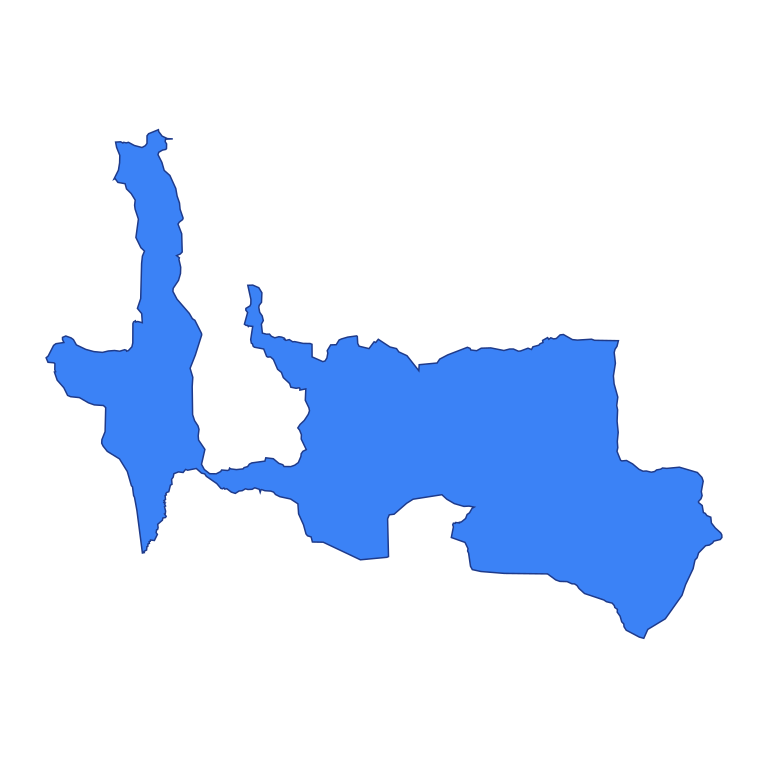 Uyui, Tabora, United Republic of Tanzania (Mercator projection)
{"feature_id": "72390352B28683809474818", "entity_name": "Uyui", "entity_type": "district", "adm_level": 2, "iso_a3": "TZA", "parent_name": "United Republic of Tanzania", "parent_adm1": "Tabora", "projection": "mercator", "projection_center": [33.083, -4.94], "detail": "fine", "context": "isolated", "style": "filled", "palette": "blue", "viewbox_px": 768, "rotation_deg": 0, "n_neighbors": 0, "source": "geoboundaries", "source_scale": "gbopen_adm2", "svg_char_len": 6106}
<svg xmlns="http://www.w3.org/2000/svg" viewBox="0 0 768 768"><path d="M113.9,179.2L115.1,178.6L117.9,182.4L125.1,183.7L126.5,188.9L131.2,193.6L135.2,200.1L134.6,205.2L135.1,209.1L138.4,219.1L135.9,237.5L140.9,247.7L144.5,251.1L142.4,256.1L141.6,263.5L140.7,298.6L137.4,308.4L141.7,313.6L142.3,322.7L137.8,321.5L135.7,322.0L135.4,320.8L133.6,321.9L132.9,323.6L132.8,342.8L131.9,346.8L128.4,350.6L126.6,351.2L126.3,350.3L124.7,349.7L119.7,351.2L114.5,350.5L108.2,351.0L102.5,352.4L93.9,351.6L85.8,349.4L76.4,344.9L73.4,339.6L71.1,337.9L65.8,336.0L62.5,337.4L62.5,339.5L63.9,342.5L55.9,343.7L53.6,345.4L48.2,356.0L46.1,357.8L48.0,362.3L53.9,362.8L54.9,363.7L54.8,369.8L55.6,371.7L54.4,372.0L57.2,380.2L63.8,387.7L67.6,395.4L70.6,396.7L79.4,397.6L88.4,402.8L94.3,404.9L103.4,405.5L105.7,407.6L105.1,431.6L101.9,439.6L101.7,443.2L103.1,446.1L107.3,451.4L119.5,458.9L127.3,471.5L131.4,485.7L132.5,486.8L133.6,495.6L134.5,497.3L136.9,510.4L142.4,553.0L144.3,552.6L143.9,551.5L146.6,550.0L146.9,546.7L147.8,546.4L148.0,543.9L149.4,543.4L149.1,541.7L150.3,541.2L150.5,540.0L154.4,540.5L157.4,534.4L156.1,532.6L156.6,529.8L157.6,529.5L158.1,527.7L157.7,524.3L162.4,520.2L162.9,518.0L165.5,517.5L166.2,516.3L164.5,514.0L165.3,513.7L165.6,511.1L164.5,506.7L165.6,506.0L164.5,503.9L165.3,502.9L163.9,502.4L164.7,501.3L164.0,500.5L165.5,499.5L165.1,495.6L166.3,494.9L165.8,493.7L166.7,492.5L168.8,491.7L170.4,485.2L172.0,484.3L171.6,479.3L173.2,477.1L173.9,473.7L178.5,471.9L183.1,472.5L185.6,469.4L187.6,470.2L196.3,468.5L201.5,473.1L204.7,473.9L206.3,476.3L216.8,483.6L220.9,488.4L222.5,488.8L223.9,488.0L224.7,489.1L226.8,488.7L231.3,492.1L235.3,493.4L239.1,491.0L242.2,490.7L245.5,488.8L247.9,489.5L252.1,489.3L254.8,487.8L259.3,489.3L260.2,492.3L261.0,489.7L261.7,489.6L264.8,490.7L270.8,491.1L273.6,492.1L275.5,494.5L279.9,496.7L290.6,499.0L297.9,503.8L298.6,513.9L303.5,524.8L306.0,533.9L307.5,535.8L311.1,536.9L312.4,542.0L323.2,542.2L360.4,559.8L386.9,557.3L388.5,556.6L387.6,518.8L389.3,514.8L394.1,514.2L406.6,503.3L413.1,499.2L441.9,494.7L446.8,499.2L454.3,503.6L463.9,506.4L469.1,506.1L474.2,507.1L472.0,508.4L469.5,512.8L467.1,514.5L465.6,518.5L461.4,521.9L459.3,522.3L459.4,522.9L455.5,522.5L455.2,523.4L453.4,523.2L452.7,524.8L453.4,526.9L451.3,537.5L465.0,542.4L468.0,548.6L467.6,551.0L468.6,553.1L470.5,566.3L472.3,569.6L480.9,571.5L504.4,573.4L547.5,573.9L555.7,579.9L559.9,581.4L567.1,581.6L571.9,583.8L574.5,583.9L577.0,585.5L579.0,588.5L584.5,593.5L603.9,600.0L606.4,601.7L612.1,603.1L614.3,605.6L614.8,607.5L617.4,609.4L617.2,612.1L620.1,616.2L621.7,621.8L623.8,624.0L624.0,626.7L626.2,630.2L639.3,637.1L643.8,638.3L647.8,629.4L665.3,618.8L682.0,595.3L685.6,584.6L693.1,568.7L695.0,560.0L697.1,557.8L698.6,552.9L705.6,545.7L709.5,545.0L712.5,543.0L713.9,541.1L720.3,539.5L721.9,537.5L721.8,534.9L720.7,532.9L715.2,527.9L711.4,523.0L710.8,517.2L706.9,515.6L705.3,513.4L703.4,512.5L702.2,505.5L698.6,502.6L698.5,501.5L701.0,498.8L702.1,495.6L701.3,491.6L703.2,481.2L701.9,477.4L697.4,472.5L679.4,467.2L666.8,468.4L662.5,468.0L660.6,469.2L656.6,469.9L654.6,471.5L651.3,472.2L646.3,471.0L643.0,471.2L639.0,469.3L632.6,463.9L626.5,460.5L621.9,460.9L620.6,460.3L617.0,451.3L617.8,447.7L617.3,441.5L618.2,432.4L617.1,421.3L617.6,409.9L616.7,405.6L617.8,397.1L614.1,383.8L613.4,376.0L615.4,363.2L614.2,352.5L615.0,349.3L617.0,346.3L618.4,340.7L594.5,340.3L591.6,339.2L577.4,340.1L572.4,339.6L563.4,334.5L560.1,334.9L556.3,338.5L553.6,338.9L550.8,337.8L548.8,339.3L547.6,337.6L542.6,340.4L543.0,342.5L540.1,343.7L538.8,345.2L532.9,346.8L531.5,349.5L528.0,348.2L520.5,351.0L518.4,351.2L513.4,349.0L509.7,349.0L503.9,350.5L490.8,347.9L481.2,348.2L476.7,350.7L470.8,350.0L470.1,348.4L467.4,347.3L447.7,354.9L439.7,359.1L437.1,363.0L419.2,364.7L418.8,370.7L407.0,355.7L398.8,351.9L396.5,348.6L390.0,347.0L378.3,339.3L375.7,342.5L374.1,341.8L369.0,348.6L359.1,346.2L357.7,343.4L357.3,336.4L356.6,335.9L347.7,337.1L341.6,338.9L339.1,340.0L336.2,344.7L330.7,344.9L327.2,350.7L327.8,353.1L326.9,358.0L325.0,361.0L322.8,361.6L312.1,356.9L312.0,344.3L310.1,343.5L303.1,343.4L294.6,341.6L292.7,341.8L289.3,339.6L285.9,340.4L284.4,339.5L285.0,339.1L284.4,338.2L281.7,337.1L278.9,336.7L274.8,337.8L271.4,336.3L269.5,334.1L266.5,334.2L262.4,333.1L261.4,324.1L263.3,320.6L262.2,315.9L259.7,312.3L258.8,307.4L259.2,305.3L261.5,302.3L261.9,292.8L258.8,287.7L252.8,285.1L247.8,285.3L250.9,299.5L250.8,304.0L250.0,305.9L245.9,308.4L245.8,310.1L247.6,312.5L244.4,324.2L246.1,325.4L247.6,325.4L248.3,326.6L249.0,326.0L252.7,326.4L250.7,339.5L251.3,343.1L252.4,343.8L253.2,346.3L254.4,347.2L263.7,349.0L266.6,356.4L267.9,357.1L270.5,356.9L273.4,359.5L277.6,369.3L281.4,372.4L283.3,377.6L289.7,383.6L290.8,387.2L296.1,388.3L299.1,387.8L299.9,388.3L299.9,390.1L305.8,388.9L305.3,400.3L308.9,407.8L309.5,410.8L308.3,414.3L304.3,420.4L300.1,424.4L297.8,427.9L299.6,430.2L301.4,434.7L301.2,439.0L306.3,449.6L302.9,451.3L301.2,453.7L300.9,456.5L298.3,462.6L294.7,465.2L290.8,466.6L284.0,466.5L282.8,464.7L278.9,463.4L273.3,458.7L265.8,457.8L264.9,461.1L251.8,462.9L249.4,464.1L247.6,466.6L244.1,467.6L243.0,468.9L236.4,469.6L230.8,468.9L229.6,468.1L229.1,469.8L227.7,470.5L221.6,470.0L220.7,471.5L216.2,473.8L209.7,473.7L204.3,469.5L201.5,464.3L204.9,449.4L198.6,440.1L198.2,435.8L199.0,429.4L198.0,425.9L194.6,420.7L192.6,414.6L192.2,386.6L192.8,377.3L190.1,368.3L195.3,355.1L201.7,334.9L201.5,333.4L194.9,320.3L192.4,318.7L189.3,313.4L177.0,299.2L172.9,291.4L173.2,288.3L178.5,280.4L180.5,273.5L180.7,267.2L178.9,259.3L179.4,257.8L176.6,255.6L180.3,254.0L182.2,252.0L181.7,233.8L178.0,224.1L179.3,222.1L182.6,219.6L183.1,218.1L180.1,209.3L179.5,203.0L177.1,196.0L175.8,188.5L169.9,175.5L164.2,170.4L161.9,162.4L158.0,154.7L158.7,152.3L162.5,150.1L165.8,149.4L166.5,148.5L166.6,143.9L165.2,141.7L165.5,139.2L172.8,138.9L167.4,138.6L162.1,136.1L158.7,131.6L158.4,129.7L148.6,133.7L147.0,135.8L147.0,143.4L145.3,145.7L142.0,147.5L134.4,145.5L128.4,142.3L126.3,142.9L123.7,142.3L122.9,143.0L120.7,141.8L115.6,142.1L116.6,147.4L119.8,155.4L119.6,162.9L118.4,170.2L113.9,179.2Z" fill="#3b82f6" stroke="#1e3a8a" stroke-width="1.5"/></svg>